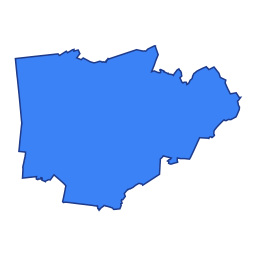 Viļķenes pag., Limbaži, Latvia
{"feature_id": "27541924B29394265870822", "entity_name": "Viļķenes pag.", "entity_type": "district", "adm_level": 2, "iso_a3": "LVA", "parent_name": "Latvia", "parent_adm1": "Limbaži", "projection": "mercator", "projection_center": [24.629, 57.605], "detail": "fine", "context": "isolated", "style": "filled", "palette": "blue", "viewbox_px": 256, "rotation_deg": 0, "n_neighbors": 0, "source": "geoboundaries", "source_scale": "gbopen_adm2", "svg_char_len": 5032}
<svg xmlns="http://www.w3.org/2000/svg" viewBox="0 0 256 256"><path d="M136.6,49.7L112.5,57.7L109.6,58.7L109.1,58.9L108.9,58.7L108.6,58.8L108.4,58.7L108.4,58.8L108.3,59.1L108.2,59.1L107.9,59.2L107.7,59.1L107.6,59.4L107.6,59.5L107.4,59.7L107.2,59.6L107.0,59.8L106.9,60.0L106.7,60.2L106.7,60.5L106.9,60.6L106.8,60.8L106.5,60.9L106.4,61.0L106.1,61.0L106.2,61.4L106.2,61.5L105.9,61.6L105.8,61.9L105.8,62.1L105.6,62.0L105.5,61.9L105.3,61.8L105.2,61.8L105.0,62.1L104.9,62.2L104.7,62.2L104.4,62.2L104.0,62.0L103.8,61.9L103.6,62.0L103.4,61.9L103.2,61.9L102.7,62.1L102.4,62.1L102.2,61.9L101.7,62.0L101.5,61.9L101.3,61.7L101.0,61.5L100.9,61.4L99.3,61.3L99.2,61.5L95.0,62.7L93.7,62.8L90.5,61.9L90.2,61.8L87.9,60.5L83.2,58.0L81.1,59.7L76.7,57.8L79.7,53.9L79.9,53.7L78.8,51.3L78.2,50.0L75.9,50.6L73.9,51.1L74.0,49.4L72.5,49.8L67.6,52.7L66.3,51.2L59.7,55.4L59.4,55.5L59.3,55.3L58.0,53.9L34.1,56.5L15.4,58.6L16.3,67.9L17.2,77.0L17.3,77.2L19.3,96.8L20.6,110.7L21.5,120.5L21.9,123.7L21.7,123.8L21.2,128.3L19.8,142.0L19.4,146.6L18.9,151.4L25.5,152.1L25.5,153.6L25.5,154.1L25.3,154.7L25.2,155.7L25.1,156.8L24.9,157.4L24.7,158.3L24.2,160.5L24.1,161.1L23.7,163.2L23.5,164.0L23.2,165.0L23.0,166.3L22.9,166.6L22.8,167.4L22.9,168.1L23.0,169.1L22.5,178.1L36.5,176.6L36.4,177.0L36.3,177.5L36.3,177.8L36.4,179.1L37.8,179.6L38.1,179.1L40.9,179.0L40.9,178.9L40.7,178.5L41.0,177.6L41.7,177.7L42.2,178.3L42.2,178.5L41.9,180.1L45.3,181.6L45.3,181.4L45.3,181.2L48.8,179.6L50.2,180.0L53.1,176.0L53.7,175.3L54.0,174.9L54.1,175.0L55.3,176.0L62.0,181.8L64.2,183.9L64.7,184.4L65.9,185.9L65.6,187.4L65.5,187.6L65.3,188.3L65.3,188.5L65.1,190.1L64.7,192.0L63.5,197.8L62.8,200.8L62.8,201.0L62.6,201.6L62.8,201.9L63.4,202.5L65.2,202.2L69.1,202.5L71.9,202.9L82.4,204.2L83.6,204.3L90.1,205.1L92.6,205.4L93.5,205.6L94.2,205.7L97.3,206.1L97.5,206.0L97.6,206.3L97.6,206.6L97.6,206.8L97.5,207.0L97.6,207.3L97.7,207.7L97.8,208.2L97.8,208.5L98.0,208.6L98.1,208.8L98.6,208.9L98.8,208.8L99.0,208.9L99.1,209.0L98.8,209.1L98.6,209.2L98.6,209.3L98.7,209.6L99.0,210.1L99.1,209.9L99.4,209.9L99.8,209.5L100.6,208.4L100.8,208.2L101.1,207.9L101.3,207.6L101.9,207.3L102.7,206.7L103.5,206.2L104.1,205.4L105.0,205.7L105.5,206.0L107.7,206.4L108.9,206.8L110.2,207.2L112.5,208.0L113.6,209.4L114.3,209.4L119.9,208.8L121.2,205.4L120.8,203.7L122.1,203.1L121.3,200.7L121.7,199.6L122.7,199.8L125.3,196.4L125.3,196.2L124.9,195.6L124.3,193.5L126.1,191.3L127.7,189.6L127.8,189.8L129.7,188.7L130.0,188.9L133.1,187.3L135.4,185.4L137.1,184.4L139.0,183.3L140.9,183.9L141.8,183.8L142.7,185.2L159.5,174.3L160.0,165.0L160.3,160.5L160.3,160.4L160.3,159.1L163.1,156.4L163.2,155.9L171.3,158.0L170.2,159.5L169.3,159.5L167.5,161.0L168.5,161.5L168.7,161.8L168.8,161.9L168.6,163.3L170.1,164.0L171.0,164.1L172.1,163.8L175.8,162.7L177.6,162.3L177.6,161.7L177.4,161.4L177.4,161.0L177.3,160.6L177.2,160.4L177.1,160.1L177.2,159.6L177.3,158.8L177.4,158.4L177.4,158.0L180.5,158.6L184.6,158.6L189.5,159.1L190.6,157.2L193.3,151.5L199.6,137.7L206.8,138.1L207.6,138.1L208.6,138.4L208.6,138.2L208.9,138.0L209.0,138.0L209.2,137.9L209.3,137.7L209.4,137.4L209.6,137.3L209.7,137.2L210.0,136.9L210.6,136.8L211.0,136.8L211.3,137.0L211.6,137.4L211.7,137.5L211.8,137.5L212.1,137.5L212.3,137.4L214.4,135.5L214.4,134.9L214.3,134.7L213.8,134.0L213.7,133.9L214.1,130.6L216.6,127.4L218.9,124.9L219.5,124.3L221.6,122.1L222.8,120.9L224.0,119.9L224.3,119.9L224.8,120.5L226.2,120.6L226.5,120.5L227.3,120.0L228.3,119.6L228.6,119.4L228.9,119.4L229.8,119.6L230.5,119.6L230.9,119.6L231.2,119.4L235.8,117.0L236.0,116.9L237.3,114.2L238.5,111.3L239.2,109.7L239.3,109.4L239.4,108.1L239.4,107.5L239.5,107.1L239.4,107.0L238.4,105.2L238.1,103.4L238.1,103.1L237.5,101.4L237.5,101.2L238.9,99.8L240.6,97.4L239.3,97.6L238.3,96.1L236.2,92.8L231.2,93.7L230.2,93.7L229.8,92.9L228.9,91.0L227.8,89.0L227.3,87.8L226.3,85.6L225.1,82.8L225.8,80.1L220.3,77.4L218.9,73.2L214.0,67.0L208.9,69.6L207.5,67.9L207.3,68.0L206.3,66.7L204.0,67.7L203.0,68.1L201.4,68.9L198.5,70.3L196.9,71.2L193.8,73.7L192.6,76.3L192.2,78.4L192.1,78.6L190.2,80.2L189.3,82.1L188.5,83.4L188.4,83.5L186.8,84.5L186.5,82.5L186.4,82.4L186.2,82.2L184.8,82.2L184.1,82.3L183.1,82.9L182.9,82.5L182.2,82.5L182.0,82.3L181.3,80.9L181.2,80.5L180.5,79.1L179.9,77.8L180.6,77.1L181.8,76.0L181.5,74.7L181.4,73.7L181.3,72.6L181.2,72.3L180.5,71.0L180.4,70.8L179.7,70.5L178.9,68.9L177.4,69.8L177.2,69.9L176.6,70.6L176.4,71.0L174.3,73.6L173.4,75.4L172.5,74.7L171.3,74.4L169.9,74.2L168.9,74.1L168.7,74.0L168.4,73.6L168.2,73.3L167.7,73.6L167.4,73.3L166.3,72.8L165.0,72.2L164.8,72.0L164.4,71.8L164.3,71.6L163.9,71.7L163.9,71.0L160.6,69.5L160.1,69.6L159.9,69.8L159.8,70.0L160.0,70.4L160.5,70.8L160.6,71.0L160.6,71.3L160.6,71.5L160.5,71.8L160.6,72.4L160.6,72.5L160.4,72.7L160.2,72.8L159.8,72.8L159.2,72.6L158.6,72.7L158.4,72.6L158.2,72.5L158.1,72.4L157.9,72.5L154.3,70.9L153.2,71.2L151.6,71.7L154.3,64.9L155.6,61.0L157.4,56.6L158.2,54.7L155.3,46.5L155.2,46.4L155.5,46.0L155.4,45.9L154.3,45.9L148.1,48.9L145.7,51.2L145.4,51.2L144.5,50.9L143.3,51.1L140.1,50.5L136.6,49.7Z" fill="#3b82f6" stroke="#1e3a8a" stroke-width="1.5"/></svg>